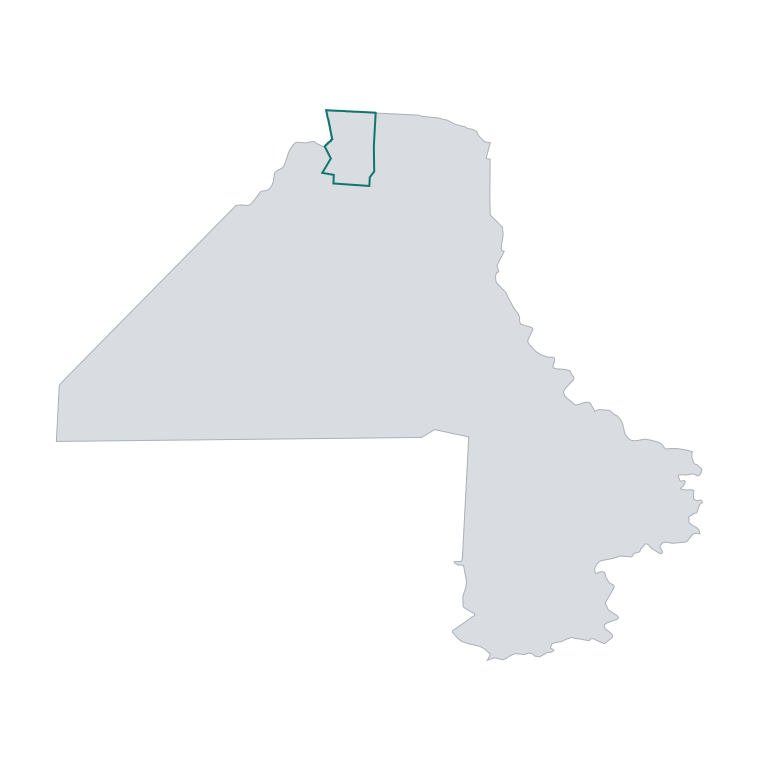 location of Tin-Essako, Kidal, Mali, rotated 273°
{"feature_id": "8926073B78830545080626", "entity_name": "Tin-Essako", "entity_type": "district", "adm_level": 2, "iso_a3": "MLI", "parent_name": "Mali", "parent_adm1": "Kidal", "projection": "equal_earth", "projection_center": [3.476, 18.561], "detail": "fine", "context": "in_parent", "style": "outline", "palette": "teal", "viewbox_px": 768, "rotation_deg": 273, "n_neighbors": 0, "source": "geoboundaries", "source_scale": "gbopen_adm2", "svg_char_len": 4881}
<svg xmlns="http://www.w3.org/2000/svg" viewBox="0 0 768 768"><g transform="rotate(273 384 384)"><path d="M140.3,607.8L140.6,604.5L138.5,602.2L138.5,601.1L139.8,591.4L139.8,588.9L140.8,584.1L139.4,581.9L139.1,580.2L135.8,574.0L134.8,568.7L133.2,565.1L129.1,564.0L127.6,567.0L126.6,567.5L125.2,565.4L124.6,563.5L124.7,561.8L119.6,553.5L120.1,549.0L122.1,546.7L123.0,542.8L121.1,538.4L121.5,534.1L121.4,528.2L118.4,523.0L116.5,520.7L114.8,517.1L116.4,508.7L113.5,501.6L119.2,504.4L122.0,501.8L124.7,498.2L127.0,493.4L128.2,487.5L128.8,482.4L131.2,474.5L134.1,470.7L139.9,465.2L141.4,465.7L150.5,477.4L155.6,483.4L157.5,486.6L159.2,486.6L162.0,480.8L164.8,475.8L166.0,474.6L175.3,473.9L180.2,474.9L184.5,476.3L190.7,476.8L206.9,473.0L207.2,470.7L207.0,467.9L207.7,465.8L209.1,463.8L210.3,463.4L210.6,470.1L212.0,471.1L215.8,471.4L335.6,471.4L341.1,436.8L332.6,424.3L309.5,59.8L365.8,59.8L375.4,67.9L554.5,226.8L555.4,232.0L555.1,239.1L556.5,241.3L559.1,243.6L569.4,250.5L570.2,251.8L570.6,254.7L571.8,258.2L574.0,260.2L576.5,261.7L579.6,262.7L589.0,263.8L591.0,265.4L595.0,271.8L597.2,273.0L609.9,276.5L614.0,278.2L618.4,281.1L620.8,283.7L620.7,293.7L622.5,300.2L622.4,301.8L620.4,304.5L619.9,306.4L617.6,311.5L618.0,313.5L622.5,317.5L624.6,318.5L627.2,318.5L653.9,311.8L654.3,405.5L653.3,407.0L652.6,423.7L650.7,433.5L647.2,440.8L645.0,451.6L643.7,453.8L642.7,460.0L640.7,463.6L637.2,465.0L631.0,472.0L630.5,477.5L616.0,474.4L615.0,474.5L614.4,475.2L614.1,478.2L576.7,479.9L558.4,481.2L546.8,494.0L539.3,495.2L530.0,494.1L525.1,494.1L523.3,494.8L522.9,497.1L508.1,490.6L502.5,492.7L501.6,492.0L500.9,490.6L498.2,489.8L494.0,490.1L490.9,491.1L481.4,501.2L476.3,503.7L466.7,509.7L460.1,514.9L457.7,515.9L454.0,516.1L451.0,517.2L448.1,528.7L446.3,529.9L435.0,525.2L432.7,525.9L430.8,527.3L424.4,534.0L421.2,539.5L419.4,546.7L419.7,551.4L418.6,552.8L415.7,553.2L410.5,551.7L408.8,552.4L408.1,556.0L408.1,563.8L406.9,569.1L403.7,570.7L401.3,572.8L399.4,573.4L397.8,572.9L388.8,565.0L385.7,563.7L382.3,564.6L379.0,567.9L373.1,576.2L373.6,579.2L375.2,582.6L376.3,586.8L376.2,590.6L367.8,596.0L369.7,600.0L369.4,610.8L365.5,615.7L364.1,618.9L360.4,622.4L357.1,624.3L346.9,627.2L342.8,630.6L340.8,633.4L340.4,636.4L340.7,639.8L342.6,646.9L341.9,653.5L340.2,661.0L338.6,664.3L333.8,668.3L334.5,673.2L334.8,680.3L333.9,689.5L332.4,695.6L331.3,695.0L326.8,695.3L321.8,697.3L320.1,698.8L319.7,700.9L315.4,705.9L312.7,705.6L310.1,704.3L308.7,702.9L308.6,702.2L310.3,698.1L310.4,696.8L308.8,689.8L309.1,688.0L308.6,682.7L308.2,682.4L302.7,684.7L302.5,685.7L303.3,689.1L302.7,689.7L300.8,689.6L298.1,688.5L295.2,685.4L294.5,686.4L294.1,688.9L293.9,691.8L294.6,697.1L293.7,699.0L289.1,698.7L285.3,699.4L284.3,701.3L283.8,703.4L284.7,705.7L284.6,706.7L282.9,708.2L282.2,708.1L280.1,705.5L271.6,703.0L270.9,699.5L269.9,699.4L267.2,695.0L266.1,695.2L265.1,695.8L261.8,695.6L258.9,699.4L256.7,704.1L254.3,706.3L250.8,707.4L251.4,704.4L250.3,700.3L243.0,695.1L241.9,693.0L240.1,681.3L240.3,677.8L240.8,674.7L240.6,672.4L239.8,670.5L237.7,668.8L235.3,668.0L232.4,670.3L231.0,670.7L229.7,670.6L229.0,669.7L229.1,668.5L232.4,662.3L234.0,659.7L237.1,656.6L238.0,655.1L238.1,653.9L237.8,653.0L235.7,651.8L232.5,648.9L230.8,648.6L229.4,647.3L227.9,642.7L227.2,641.8L225.7,641.4L224.3,640.3L224.6,629.2L221.6,621.0L219.0,610.4L217.6,607.9L215.0,605.8L211.9,604.4L209.2,604.0L206.0,605.2L206.0,606.2L207.7,609.5L208.0,611.4L207.7,613.2L207.1,614.4L202.8,615.6L197.1,619.4L195.2,623.9L193.9,624.4L191.7,623.9L176.9,616.3L170.5,619.6L166.3,626.2L165.3,628.4L163.3,630.2L162.3,630.3L161.2,629.0L157.0,619.0L155.2,616.7L152.8,616.6L150.8,618.2L148.6,621.6L145.9,624.7L144.2,625.6L142.8,625.1L136.7,618.4L136.4,617.0L139.4,609.0L140.3,607.8Z" fill="#d9dde1" stroke="#a8b0b8" stroke-width="1"/><path d="M654.5,361.4L654.5,359.9L654.5,358.4L654.5,355.1L654.5,352.0L654.5,348.9L654.5,345.6L654.5,342.6L654.4,339.3L654.5,336.2L654.4,333.0L654.5,330.0L654.5,327.6L654.5,326.9L654.4,323.3L654.4,320.6L654.4,317.5L654.4,316.4L654.4,314.1L654.4,313.6L654.4,311.9L654.1,312.0L651.0,312.8L647.1,313.8L646.6,314.0L645.9,314.4L641.7,315.5L637.9,316.5L636.2,316.9L633.2,317.6L631.1,318.1L629.8,318.5L627.8,319.0L626.2,319.4L625.7,319.6L625.6,319.4L625.3,319.1L625.3,318.8L625.0,318.5L624.9,318.3L624.6,318.2L624.2,318.2L623.8,318.1L623.7,318.1L623.7,317.8L623.7,317.7L623.5,317.4L623.3,317.1L623.2,316.9L623.1,316.7L622.9,316.6L622.6,316.4L622.4,316.2L622.1,315.9L622.0,315.6L621.9,315.4L621.6,315.4L621.3,315.2L621.1,315.0L621.0,314.9L620.9,314.8L620.9,314.7L620.6,314.5L620.5,314.4L620.3,314.2L620.2,314.1L619.9,313.8L619.8,313.6L619.7,313.5L619.6,313.4L619.5,313.2L619.4,313.2L619.2,313.2L618.8,313.0L618.7,312.9L618.4,312.8L618.2,312.7L618.1,312.4L606.4,319.1L591.6,311.3L590.2,322.9L581.6,323.0L581.0,359.0L589.7,359.0L595.7,363.1L621.2,361.4L654.4,361.5L654.5,361.4Z" fill="none" stroke="#0f766e" stroke-width="2"/></g></svg>